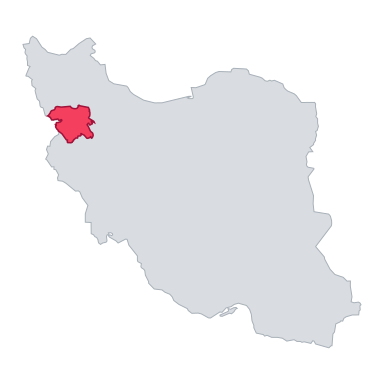 Kordestan highlighted on a map of Iran
{"feature_id": "IRN-3241", "entity_name": "Kordestan", "entity_type": "Province", "adm_level": 1, "iso_a3": "IRN", "parent_name": "Iran", "parent_adm1": "", "projection": "natural_earth1", "projection_center": [46.82, 35.623], "detail": "fine", "context": "in_parent", "style": "filled", "palette": "rose", "viewbox_px": 384, "rotation_deg": 0, "n_neighbors": 0, "source": "natural_earth", "source_scale": "10m", "svg_char_len": 5740}
<svg xmlns="http://www.w3.org/2000/svg" viewBox="0 0 384 384"><path d="M191.2,87.5L195.9,87.7L204.5,84.8L205.3,84.1L207.7,78.3L210.6,75.7L215.7,72.5L219.1,71.5L230.9,71.9L231.7,69.5L233.6,68.3L246.4,69.0L248.4,70.8L249.3,74.2L260.1,77.2L262.3,78.2L265.0,80.7L267.2,81.3L269.9,80.2L271.6,81.0L274.4,80.3L282.8,84.0L284.1,87.7L285.7,89.4L287.6,91.0L294.3,93.9L296.3,95.6L301.3,102.5L314.6,102.4L315.6,103.8L315.5,106.8L316.7,113.9L315.8,116.5L317.6,118.8L317.6,123.2L318.4,126.3L317.1,130.6L315.6,131.4L316.6,135.2L315.4,138.9L315.6,140.3L313.6,143.4L313.6,144.6L309.8,147.5L312.8,151.7L308.6,151.9L306.0,156.5L307.0,161.8L306.4,164.6L306.9,166.1L308.0,167.2L313.8,168.3L314.0,169.0L308.1,176.8L308.5,179.8L313.5,195.7L313.1,203.6L314.0,211.7L328.7,214.1L330.4,216.2L331.6,220.7L331.7,224.1L331.3,225.9L315.6,246.6L324.3,256.9L324.7,259.2L330.1,269.3L334.9,274.5L343.2,277.3L347.0,281.1L350.4,281.0L350.3,286.1L352.0,296.8L351.1,301.8L354.0,302.8L358.4,302.1L360.0,303.0L361.0,304.8L359.9,305.8L360.2,310.0L359.1,310.9L358.7,314.9L352.2,315.0L346.1,316.8L343.9,318.3L342.7,321.1L340.7,320.9L340.1,321.9L335.8,323.9L334.5,332.0L332.9,334.0L332.0,345.7L331.0,345.8L328.9,347.8L315.6,344.0L314.1,341.2L312.8,340.7L310.9,343.4L304.2,341.8L301.9,342.3L300.5,341.5L296.9,341.4L294.1,339.7L286.8,341.1L282.4,338.2L277.6,337.4L271.8,337.4L267.0,335.3L264.6,336.1L263.4,334.6L256.3,333.1L253.9,327.9L253.8,325.3L252.0,320.8L251.3,314.2L249.6,309.4L246.5,305.5L238.4,303.2L234.2,304.4L231.2,306.6L226.1,307.9L222.1,312.3L219.8,312.0L210.5,318.0L208.5,317.9L201.4,313.9L198.2,313.1L191.8,313.3L188.3,310.6L187.3,308.6L178.9,304.4L173.8,300.5L172.2,296.9L169.9,294.3L164.9,292.2L162.0,289.9L154.2,289.0L148.7,283.3L148.6,281.5L145.4,275.2L144.8,270.7L144.0,269.5L141.3,267.6L140.9,266.4L141.4,263.5L137.9,261.7L137.4,260.3L137.4,255.9L128.9,245.2L127.1,239.3L125.6,239.1L118.1,243.0L115.9,240.8L109.3,237.0L108.4,235.6L110.0,234.9L111.7,235.6L112.7,234.8L112.3,233.5L110.6,232.7L108.4,232.8L109.0,234.0L106.9,235.1L106.5,236.6L107.0,241.0L106.1,242.2L102.7,243.0L100.5,244.4L98.5,242.8L97.9,239.6L96.7,237.5L94.9,236.7L93.5,234.7L91.2,233.7L91.1,222.5L85.3,222.2L85.3,213.8L87.9,205.4L82.3,197.8L79.9,192.0L78.4,190.9L75.5,191.1L66.0,183.3L62.6,181.2L58.0,180.6L57.5,177.9L58.6,174.8L56.5,170.9L55.8,169.7L53.9,169.3L54.0,166.8L51.6,166.9L47.0,160.1L45.7,159.1L48.3,153.9L46.5,149.6L47.6,146.1L49.9,146.3L50.6,141.5L54.8,136.6L58.5,134.5L58.9,133.0L58.1,130.4L55.8,127.1L56.1,124.3L56.9,122.9L60.7,121.4L60.9,120.8L59.1,119.8L52.4,119.8L48.7,116.5L45.3,115.7L43.3,108.4L42.7,107.6L41.1,107.3L40.1,106.0L39.5,101.2L37.2,99.0L35.3,91.9L35.1,90.2L35.8,88.6L32.0,85.5L31.6,80.8L32.4,79.7L28.1,76.3L26.1,76.1L25.9,75.5L28.9,68.2L30.1,66.5L27.5,65.4L27.5,61.8L26.9,58.8L27.1,55.9L25.4,53.8L25.0,52.5L25.6,49.4L24.0,47.8L23.0,44.4L29.2,43.5L30.4,38.3L32.6,36.2L36.5,38.7L41.9,47.1L45.2,49.5L47.6,52.3L59.3,55.2L61.8,54.3L65.8,54.4L70.8,49.3L73.2,48.6L79.1,43.5L86.4,38.7L90.1,38.0L95.7,44.0L92.5,45.8L92.0,47.3L92.4,48.8L94.9,50.3L95.2,52.0L94.4,52.9L91.1,53.8L90.2,55.5L93.8,58.3L95.5,60.6L97.4,61.2L100.4,64.9L105.0,64.4L106.1,73.3L108.8,80.6L113.8,83.8L126.7,86.1L128.1,87.6L130.3,91.6L133.6,94.5L143.7,100.2L154.7,102.9L162.1,102.8L188.9,96.3L191.4,96.3L187.4,97.9L188.9,98.6L192.4,98.6L193.2,98.0L193.3,96.9L191.2,87.5ZM235.6,309.1L234.0,311.7L231.5,313.8L229.6,313.2L222.2,316.3L220.2,316.1L219.9,315.1L228.1,311.4L228.5,310.5L228.0,308.5L230.6,309.3L233.5,307.8L236.0,307.4L237.2,308.4L235.6,309.1Z" fill="#d9dde1" stroke="#a8b0b8" stroke-width="1"/><path d="M51.9,120.0L51.6,119.9L51.4,119.6L51.0,118.5L50.2,117.4L49.7,116.9L49.2,116.8L49.0,116.7L48.4,116.1L47.7,115.9L48.3,115.5L49.0,114.8L49.3,114.1L50.2,113.1L50.5,112.0L50.8,111.6L51.0,111.3L51.5,110.7L54.3,109.8L55.2,108.6L55.2,107.6L55.6,107.1L57.1,106.5L61.4,107.1L70.2,106.3L70.4,106.4L70.5,106.7L70.8,107.0L71.1,107.3L71.4,107.6L72.1,108.1L73.8,108.6L75.8,108.7L77.1,108.2L77.8,107.3L78.1,106.8L78.2,106.4L78.1,106.1L78.1,105.7L78.6,105.3L79.1,105.2L79.5,105.7L88.2,107.4L88.2,107.5L88.8,108.1L88.9,108.3L89.0,108.8L89.1,109.2L89.3,109.6L89.5,109.9L89.3,110.0L89.4,110.7L89.4,110.9L89.3,111.0L89.2,111.2L89.2,111.3L89.3,111.4L89.6,111.4L89.9,112.6L89.9,114.7L89.6,116.3L88.9,117.0L88.6,117.8L88.9,118.3L93.6,121.2L93.9,121.5L94.2,122.1L94.4,122.6L91.9,121.2L91.3,121.3L91.6,122.2L92.1,122.9L92.3,123.3L92.3,123.8L91.1,124.3L90.6,124.8L90.0,125.0L89.5,124.9L88.7,123.2L88.3,123.2L87.4,124.2L87.1,124.8L88.3,126.5L90.2,130.7L91.0,131.8L91.7,132.2L92.7,133.2L93.2,135.1L92.8,136.7L92.2,137.7L91.7,138.2L91.3,138.0L90.7,136.6L90.4,136.7L90.2,137.3L89.6,137.7L88.6,138.0L88.0,138.3L87.5,138.3L86.8,138.2L84.1,135.1L82.1,134.2L81.5,133.7L81.0,133.6L80.8,134.0L81.1,134.6L81.0,135.4L80.4,135.9L78.0,136.1L77.8,136.5L77.7,137.9L77.4,138.1L76.7,138.0L75.6,138.1L74.6,139.2L73.9,139.5L73.6,139.9L73.6,140.6L73.3,141.0L72.7,141.1L72.4,141.5L72.3,142.2L71.6,142.6L70.5,142.8L68.9,142.6L67.9,142.7L67.3,142.1L67.3,141.2L67.4,140.6L67.4,140.1L67.0,140.2L66.2,139.7L62.1,133.9L58.8,131.3L58.4,131.2L58.3,130.5L57.9,130.0L56.9,129.1L55.8,127.3L55.6,126.7L55.6,126.4L55.7,126.2L55.9,126.1L56.0,125.9L55.9,125.9L55.7,125.4L55.5,124.9L56.2,125.1L56.3,124.8L56.1,124.0L56.1,123.6L56.2,123.2L56.3,122.9L56.5,122.7L56.9,122.5L58.1,122.6L58.4,122.5L59.3,122.0L60.0,122.1L60.3,122.0L60.6,121.8L60.8,121.4L61.3,121.1L61.6,120.8L61.8,120.5L61.8,120.2L61.7,119.9L61.4,119.7L61.1,119.6L60.8,119.8L60.5,120.0L60.1,120.1L59.4,120.3L59.0,120.3L58.7,120.1L58.5,119.9L58.4,119.8L58.3,119.3L58.2,119.2L57.6,119.0L57.3,119.0L57.0,119.1L56.7,119.3L56.3,119.4L55.2,119.4L54.7,119.6L54.3,119.5L54.2,119.5L53.7,119.8L53.4,120.0L53.1,120.0L52.8,119.8L52.6,119.8L51.9,120.0Z" fill="#f43f5e" stroke="#9f1239" stroke-width="1.5"/></svg>